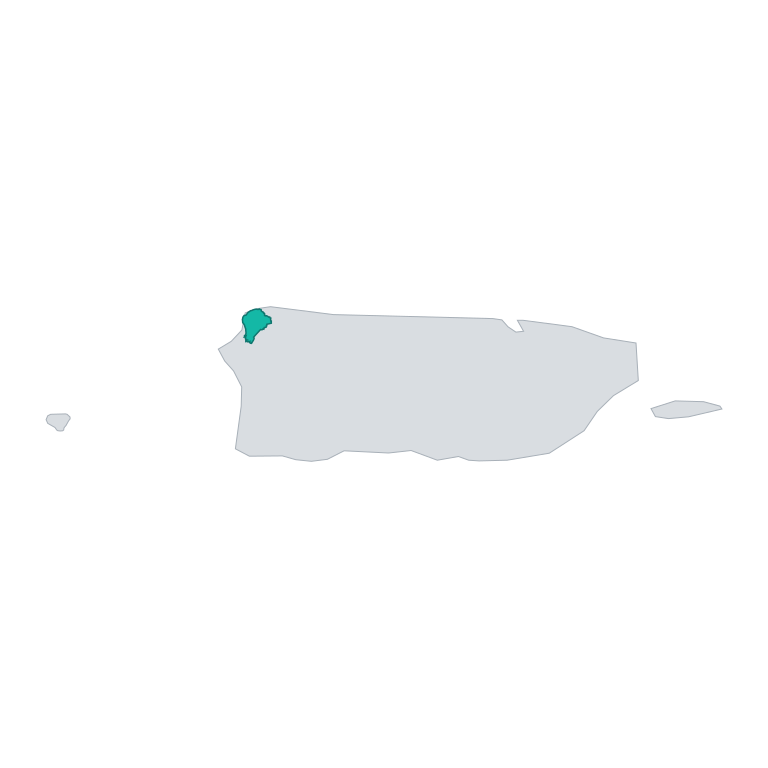 Aguadilla, Puerto Rico shown in context
{"feature_id": "32010507B44125592347050", "entity_name": "Aguadilla", "entity_type": "district", "adm_level": 2, "iso_a3": "PRI", "parent_name": "Puerto Rico", "parent_adm1": "", "projection": "albers", "projection_center": [-67.126, 18.45], "detail": "fine", "context": "in_parent", "style": "filled", "palette": "teal", "viewbox_px": 768, "rotation_deg": 0, "n_neighbors": 0, "source": "geoboundaries", "source_scale": "gbopen_adm2", "svg_char_len": 2649}
<svg xmlns="http://www.w3.org/2000/svg" viewBox="0 0 768 768"><path d="M508.0,326.8L515.9,332.1L523.6,331.3L517.4,320.3L523.0,320.3L572.0,326.7L603.5,337.9L636.0,343.0L638.3,380.5L613.5,395.6L597.3,411.4L584.1,430.7L549.3,453.2L507.2,460.2L479.1,460.9L468.7,460.2L458.4,456.5L437.3,460.2L411.1,450.5L388.6,453.0L344.1,450.8L327.4,459.3L311.4,461.3L295.8,459.7L282.4,455.9L249.4,456.2L235.4,448.8L241.2,406.2L241.7,386.9L233.6,371.0L224.7,361.0L218.3,349.1L231.3,341.3L241.9,330.0L245.2,312.9L256.9,308.7L270.5,306.7L333.5,314.6L492.9,318.6L501.9,319.9L508.0,326.8ZM688.6,416.8L668.5,418.6L655.4,416.6L651.0,408.6L675.2,400.9L703.6,401.7L719.9,406.1L721.9,409.0L688.6,416.8ZM62.6,430.8L60.2,431.0L57.8,430.7L56.7,430.0L55.0,427.5L47.8,423.4L46.1,419.7L47.7,415.8L50.7,414.3L65.5,413.9L67.1,414.3L70.0,417.0L70.1,418.9L68.6,420.8L66.0,425.5L64.9,426.7L64.0,427.9L63.7,430.0L62.6,430.8Z" fill="#d9dde1" stroke="#a8b0b8" stroke-width="1"/><path d="M259.3,309.0L258.1,309.5L257.0,309.3L256.5,309.2L256.4,309.2L255.0,309.3L254.3,309.5L252.9,309.9L252.1,310.4L250.6,310.7L248.4,312.2L248.1,312.4L248.0,312.5L247.9,312.6L247.4,313.2L246.8,314.1L246.7,314.2L246.1,315.1L244.1,315.5L242.9,317.2L242.7,318.3L242.6,318.8L242.4,319.4L242.6,321.1L242.7,322.5L243.8,324.1L244.0,324.2L244.2,324.5L244.4,324.9L244.9,326.7L245.4,328.1L245.5,328.4L245.6,328.7L245.7,328.8L245.8,330.5L245.8,330.8L245.9,331.4L245.9,331.8L245.9,332.0L246.1,333.1L245.9,333.5L245.8,334.1L245.6,334.7L245.6,334.8L245.3,335.0L244.8,335.4L245.2,335.6L245.2,335.9L244.7,336.2L244.3,336.9L245.0,336.8L245.8,336.3L245.5,337.1L245.2,337.0L245.1,337.4L245.6,337.6L245.6,338.2L245.4,338.4L245.5,338.8L245.9,339.1L246.1,339.7L246.5,339.8L246.0,340.0L246.3,340.4L245.8,340.7L245.8,341.4L246.5,341.0L247.2,341.4L247.3,341.7L248.0,341.3L248.2,341.7L248.9,341.6L248.9,341.9L249.3,342.1L249.8,341.8L249.6,342.4L249.9,342.8L250.4,343.2L251.3,343.4L251.7,343.1L251.7,342.6L252.0,342.5L253.2,340.6L253.3,340.5L254.1,338.6L254.1,338.4L253.9,337.5L253.9,337.3L253.7,337.1L253.9,336.9L255.1,335.5L257.1,333.3L260.6,329.5L261.2,329.7L262.0,329.8L262.9,329.1L263.6,329.2L263.5,328.9L263.4,328.5L263.9,328.2L264.3,328.1L264.4,327.5L265.3,327.4L266.1,327.2L266.2,326.9L266.4,325.7L266.8,325.7L266.8,324.3L271.3,323.2L271.3,321.1L270.8,321.1L270.7,320.7L270.6,319.2L270.8,318.1L270.1,317.9L269.7,317.0L268.6,317.1L268.0,316.5L266.9,316.0L266.8,315.8L266.1,315.7L265.5,315.9L264.7,315.6L264.5,315.2L264.7,314.8L264.6,313.6L264.4,313.4L264.0,313.4L264.0,313.0L263.5,312.9L262.9,311.8L262.3,311.8L261.2,310.9L261.3,310.0L260.9,309.5L259.5,309.3L259.3,309.0Z" fill="#14b8a6" stroke="#0f766e" stroke-width="1.5"/></svg>